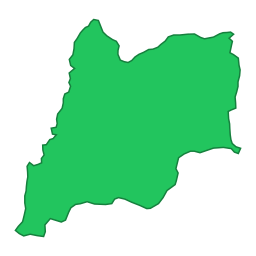 Santa Cecília, Paraíba, Brazil (Natural Earth projection)
{"feature_id": "56859067B96891568897649", "entity_name": "Santa Cecília", "entity_type": "district", "adm_level": 2, "iso_a3": "BRA", "parent_name": "Brazil", "parent_adm1": "Paraíba", "projection": "natural_earth1", "projection_center": [-35.927, -7.733], "detail": "fine", "context": "isolated", "style": "filled", "palette": "green", "viewbox_px": 256, "rotation_deg": 0, "n_neighbors": 0, "source": "geoboundaries", "source_scale": "gbopen_adm2", "svg_char_len": 1854}
<svg xmlns="http://www.w3.org/2000/svg" viewBox="0 0 256 256"><path d="M15.4,230.4L19.3,233.6L23.7,235.9L30.2,234.2L37.1,235.6L43.6,236.5L45.3,231.7L44.9,224.9L50.3,218.6L61.3,222.0L65.5,220.1L68.7,212.1L70.9,207.7L75.6,204.4L80.4,203.7L87.1,201.7L94.5,204.0L105.5,204.5L111.8,203.6L114.6,199.1L118.5,197.6L124.9,199.1L131.6,202.2L139.3,205.2L146.8,208.6L150.4,208.3L158.5,203.6L163.0,197.7L167.0,190.5L175.1,184.6L176.3,180.8L178.1,173.0L175.9,168.7L178.6,157.7L184.2,153.9L190.5,151.2L194.3,151.2L200.0,152.7L213.5,148.1L223.4,147.4L231.3,148.6L234.4,152.1L238.3,153.5L240.6,148.3L236.0,146.8L232.2,143.5L230.9,139.6L230.2,134.6L229.8,128.7L229.6,123.9L228.6,118.7L228.2,111.5L231.1,110.0L235.8,108.1L235.6,102.9L235.1,97.0L236.6,92.1L238.0,86.5L238.0,81.8L239.6,75.8L240.1,69.9L239.0,65.2L238.3,58.1L233.6,54.7L229.9,52.7L231.5,45.2L232.4,41.3L229.1,38.2L233.6,34.2L230.6,32.1L226.9,32.5L223.1,32.7L219.7,33.8L213.5,37.1L204.5,38.8L200.5,37.4L194.5,34.0L187.6,34.2L180.0,35.0L173.7,35.0L168.3,36.9L165.2,41.1L160.9,44.4L157.9,47.2L152.9,49.2L148.7,49.5L143.5,52.4L139.0,54.3L135.0,57.0L131.8,60.5L128.1,62.5L124.2,61.7L120.3,60.1L117.9,54.3L118.0,50.4L119.1,45.9L116.3,41.3L112.5,39.6L106.9,35.9L103.0,32.1L101.0,27.1L98.4,20.5L93.7,19.5L90.7,22.2L88.5,26.2L85.4,27.5L82.9,30.0L80.4,32.9L77.1,38.6L74.4,42.4L74.0,48.9L72.9,54.8L69.3,59.4L70.7,65.5L74.6,68.4L69.2,73.0L70.4,78.6L68.9,82.5L70.6,86.2L68.7,92.1L64.8,94.0L63.3,98.7L63.3,103.0L62.1,108.4L57.7,114.0L56.6,119.2L57.2,123.7L56.1,127.3L51.2,128.2L52.5,134.1L56.3,134.8L53.1,138.6L49.8,139.6L46.3,144.7L42.7,145.1L42.9,150.1L44.1,155.0L41.4,158.5L41.6,162.8L38.1,164.4L33.7,165.7L29.5,162.5L27.1,166.3L27.6,172.0L27.8,176.9L27.0,181.2L26.4,186.5L26.1,191.0L24.8,195.9L24.8,202.9L25.7,208.6L24.2,215.3L22.6,221.7L18.3,226.4L15.4,230.4Z" fill="#22c55e" stroke="#15803d" stroke-width="1.5"/></svg>